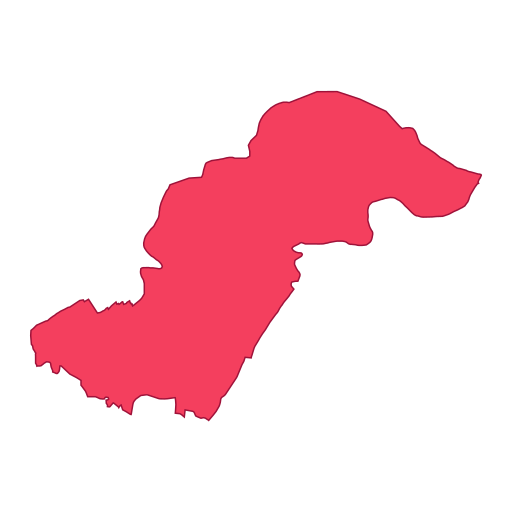 Bani Al Harith, Amanat Al Asimah, Yemen (Albers equal-area conic projection)
{"feature_id": "15242507B44519416711128", "entity_name": "Bani Al Harith", "entity_type": "district", "adm_level": 2, "iso_a3": "YEM", "parent_name": "Yemen", "parent_adm1": "Amanat Al Asimah", "projection": "albers", "projection_center": [44.252, 15.509], "detail": "fine", "context": "isolated", "style": "filled", "palette": "rose", "viewbox_px": 512, "rotation_deg": 0, "n_neighbors": 0, "source": "geoboundaries", "source_scale": "gbopen_adm2", "svg_char_len": 6045}
<svg xmlns="http://www.w3.org/2000/svg" viewBox="0 0 512 512"><path d="M87.7,396.7L95.4,396.7L97.2,397.4L100.0,398.7L102.8,399.0L104.3,398.9L105.0,397.6L106.0,397.1L108.2,397.5L108.7,399.1L107.7,399.9L106.1,400.1L106.3,403.3L107.5,405.0L107.4,406.6L109.3,406.9L110.0,406.6L111.4,404.9L113.2,402.9L114.0,403.3L118.5,407.0L118.8,407.6L119.3,406.7L120.0,405.8L121.1,405.0L122.7,409.8L126.2,411.7L130.3,414.3L131.1,414.5L131.3,413.8L132.8,404.7L133.2,403.0L133.8,401.6L135.1,399.9L136.0,398.9L140.8,395.5L146.2,394.8L147.3,394.8L158.8,398.6L159.8,398.8L164.4,398.9L167.5,398.7L174.5,397.7L175.2,397.7L175.6,400.4L175.9,404.6L175.6,409.5L175.3,413.2L179.9,413.7L180.5,414.0L181.7,414.8L184.3,417.0L185.1,409.9L192.7,411.3L193.5,411.7L194.2,412.4L194.6,413.4L195.7,415.9L197.5,416.8L200.9,418.2L201.6,418.1L202.8,417.8L203.8,417.7L205.1,418.1L205.6,418.3L207.5,419.6L208.2,419.9L208.7,420.4L213.2,415.1L216.1,411.4L218.6,407.1L219.2,406.0L219.6,404.9L220.3,402.4L220.8,398.7L221.2,398.1L221.8,397.3L224.0,395.8L224.8,395.1L225.5,394.3L236.4,377.8L237.1,376.5L242.0,364.6L243.4,362.1L243.9,361.1L245.1,357.3L251.2,357.9L251.4,356.7L252.0,355.0L252.4,353.6L254.0,348.3L254.8,346.4L258.2,340.8L260.0,337.6L262.5,333.7L265.4,329.7L269.8,322.4L275.6,314.5L276.4,313.6L277.4,312.4L278.2,311.1L279.6,308.4L281.2,306.0L282.3,304.7L282.9,303.6L284.2,301.8L286.9,298.6L289.0,296.0L290.2,294.0L292.0,291.7L293.9,289.1L291.4,286.2L291.1,284.5L291.3,283.0L291.9,282.0L295.1,281.3L297.9,281.2L299.9,275.9L300.0,274.3L299.5,273.1L298.8,271.9L297.8,270.8L296.4,268.5L294.6,264.7L294.5,263.2L294.9,260.5L295.9,259.6L301.0,256.5L301.9,255.6L302.3,254.2L301.5,253.1L300.1,252.8L298.7,252.8L297.3,252.5L295.8,252.0L293.6,250.7L292.7,249.7L291.9,248.3L292.7,247.3L293.8,246.4L298.7,244.0L300.3,242.9L301.5,242.6L302.8,243.0L305.3,243.9L316.4,243.9L317.9,244.0L322.2,243.9L323.5,243.8L326.2,243.2L327.6,243.0L329.5,242.4L335.7,241.3L337.2,241.1L342.3,241.1L345.0,241.6L346.3,242.1L348.6,243.8L350.2,244.3L351.6,244.3L353.0,244.5L354.3,244.6L355.9,244.8L357.4,245.2L359.1,245.4L361.9,245.4L364.9,245.1L366.3,244.9L367.5,244.1L368.8,243.2L370.1,242.1L371.0,240.9L371.7,239.2L372.1,237.7L372.7,234.4L372.7,232.8L372.3,231.5L371.5,230.4L370.1,227.8L369.5,226.4L367.9,220.9L367.8,219.6L368.1,217.0L368.1,215.7L368.0,214.1L367.8,212.7L367.8,211.2L367.8,209.8L368.5,206.8L369.1,205.4L369.9,204.4L370.9,203.4L372.1,202.3L373.3,201.8L375.8,201.2L381.0,199.5L382.5,199.2L385.3,198.3L386.6,198.1L390.1,197.5L392.7,197.6L394.1,197.8L395.4,198.3L397.9,199.8L399.1,200.3L400.4,201.2L402.9,203.4L405.0,205.8L407.3,207.9L411.8,212.5L414.1,214.5L415.2,215.2L416.5,215.8L417.8,215.9L420.4,216.7L421.8,217.0L423.5,217.1L432.1,216.9L436.4,216.5L442.5,216.3L443.9,215.9L448.5,214.3L449.8,213.7L453.9,211.5L457.8,209.8L460.8,208.2L462.1,207.6L464.8,205.9L465.7,204.6L467.8,201.8L468.9,199.2L469.2,197.9L469.7,196.5L470.4,194.8L474.7,187.5L477.2,184.0L478.6,183.3L478.0,182.3L478.5,180.9L479.1,179.4L480.0,178.2L480.6,176.9L481.2,175.5L481.3,175.1L480.9,174.5L479.3,174.1L478.0,174.0L471.0,172.0L469.4,171.7L467.5,171.1L466.4,170.4L465.0,170.0L459.8,168.5L458.4,168.4L457.1,168.0L454.1,166.2L453.2,165.3L450.0,163.1L448.6,162.2L447.2,161.5L444.8,160.0L443.3,159.2L442.0,158.6L440.2,157.6L435.1,153.4L432.3,151.4L430.8,150.5L429.3,149.4L426.9,147.9L421.4,144.5L420.3,143.5L419.6,142.3L418.0,138.9L417.5,137.5L417.2,136.1L416.2,133.5L415.5,131.9L414.6,130.4L413.5,129.2L412.7,128.4L410.0,127.8L408.6,127.7L405.9,127.8L403.0,128.4L402.2,128.7L399.5,126.3L386.0,111.3L359.7,99.1L337.1,91.6L317.0,91.7L289.2,102.6L286.6,102.2L283.6,102.2L282.1,102.5L280.6,103.0L279.2,103.4L277.8,104.0L276.3,104.6L275.0,105.3L271.2,107.7L267.4,111.2L265.1,113.5L262.9,116.1L262.2,117.4L261.2,119.0L260.5,120.4L259.3,123.2L258.4,127.4L257.9,130.7L257.0,133.6L256.5,135.3L251.0,140.6L248.4,145.3L249.8,151.4L249.8,155.5L249.7,156.2L246.4,158.2L234.7,158.2L233.5,157.7L232.3,157.4L229.5,157.4L226.4,157.9L223.0,158.8L221.7,159.0L220.4,159.2L218.7,159.6L211.6,160.6L207.3,162.4L206.1,163.1L205.4,164.3L203.7,169.9L202.8,174.3L202.3,175.6L201.5,177.3L189.1,178.1L170.0,184.8L168.3,188.9L166.7,190.7L165.9,192.1L163.4,197.3L161.1,202.9L159.9,207.3L159.6,210.0L159.3,211.6L159.1,214.6L158.7,216.6L158.3,218.0L156.4,221.4L155.7,222.6L154.0,226.0L153.0,227.1L151.0,229.0L147.2,233.9L145.6,236.3L144.6,238.9L144.3,240.3L143.7,243.0L143.8,245.6L144.2,247.2L144.8,248.4L146.5,251.0L148.5,253.3L150.4,255.2L151.6,256.2L152.8,256.8L154.2,257.8L156.5,259.8L157.8,260.5L158.8,261.3L160.9,263.5L161.8,265.0L162.3,266.4L161.6,268.1L160.3,268.6L159.0,268.8L157.5,268.5L153.1,267.9L150.3,267.9L148.7,267.6L143.1,267.7L141.8,268.0L140.8,268.8L140.7,270.1L140.5,271.7L140.6,273.3L141.1,275.1L141.5,276.4L142.2,277.7L142.9,278.9L143.5,280.1L144.2,283.2L144.3,283.2L144.3,293.0L144.3,293.9L143.4,295.4L141.8,298.1L140.7,299.3L139.6,300.4L137.9,301.8L134.2,304.8L132.6,306.0L132.4,305.6L132.2,304.9L132.2,304.1L131.3,304.1L130.9,303.1L130.4,303.1L129.8,301.6L129.8,301.3L129.6,300.8L126.8,302.5L126.4,303.4L123.7,304.4L122.7,301.8L122.2,301.8L119.4,304.2L119.0,304.4L118.5,303.5L116.9,304.2L116.0,302.0L111.4,305.9L108.8,308.9L108.4,309.3L107.7,307.6L106.3,308.3L105.3,309.5L104.3,310.4L102.8,311.0L102.1,311.5L100.2,312.5L97.4,313.0L88.5,299.3L84.4,301.7L83.3,299.9L79.8,300.5L69.8,307.1L68.1,307.4L64.6,309.3L60.6,311.2L58.5,312.6L56.7,313.6L54.4,315.5L53.3,316.1L50.8,317.9L49.1,319.3L47.6,320.7L45.7,321.1L36.6,325.2L33.8,328.0L33.7,328.2L31.0,330.4L30.7,335.5L31.4,344.3L32.6,345.9L32.9,347.6L33.2,349.0L33.9,350.1L34.6,351.1L34.8,351.7L35.8,353.1L35.5,354.0L35.6,356.5L35.6,363.2L35.9,363.7L36.5,364.7L36.9,366.2L37.4,366.0L39.6,366.0L41.1,365.7L41.7,365.3L42.4,364.6L43.2,364.1L43.9,363.4L45.0,362.7L45.6,362.4L46.4,361.8L48.4,362.0L49.8,362.3L50.6,363.4L51.0,366.1L51.4,367.6L52.7,370.7L52.7,372.0L54.6,372.7L56.3,373.5L57.5,373.4L59.0,371.5L59.5,369.5L59.9,366.0L60.9,365.9L61.5,366.2L69.9,374.1L76.4,377.5L81.0,380.4L81.0,385.2L81.9,386.3L85.5,391.2L86.3,393.0L87.7,396.7Z" fill="#f43f5e" stroke="#9f1239" stroke-width="1.5"/></svg>